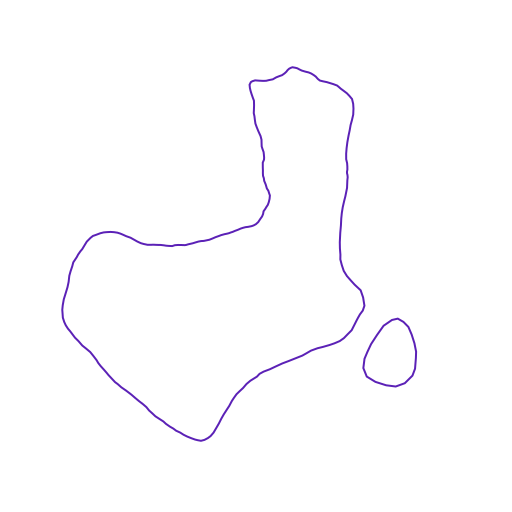 the district of Felidhoo, Maldives, rotated 282°
{"feature_id": "70690204B77108705549894", "entity_name": "Felidhoo", "entity_type": "district", "adm_level": 2, "iso_a3": "MDV", "parent_name": "Maldives", "parent_adm1": "", "projection": "albers", "projection_center": [73.527, 3.453], "detail": "fine", "context": "isolated", "style": "outline", "palette": "violet", "viewbox_px": 512, "rotation_deg": 282, "n_neighbors": 0, "source": "geoboundaries", "source_scale": "gbopen_adm2", "svg_char_len": 3792}
<svg xmlns="http://www.w3.org/2000/svg" viewBox="0 0 512 512"><g transform="rotate(282 256 256)"><path d="M447.5,259.7L448.2,257.4L448.3,255.4L448.2,252.4L447.2,250.8L446.0,249.4L444.3,248.2L442.6,247.4L440.6,246.0L438.3,243.9L436.9,241.6L435.0,238.7L432.3,235.7L430.8,232.2L429.5,229.5L428.8,226.7L428.2,223.0L427.6,218.6L426.2,216.1L425.0,214.8L422.2,214.1L419.1,215.1L416.5,216.3L413.8,217.8L410.3,219.9L407.5,221.7L402.9,222.8L398.4,223.6L395.3,224.1L392.4,225.4L388.9,226.6L385.4,227.9L382.2,229.9L378.5,232.4L374.3,235.5L370.9,237.2L367.5,238.0L364.3,238.8L361.7,240.3L359.3,241.8L356.9,242.6L353.9,243.5L351.9,243.8L348.8,243.2L346.5,243.7L344.2,244.2L341.0,245.0L338.5,245.5L335.9,246.2L333.7,247.5L331.2,248.4L328.0,250.6L324.3,252.6L322.4,254.5L320.1,255.8L318.1,257.0L314.7,257.4L311.2,257.3L308.4,256.9L306.2,256.0L304.1,255.3L301.3,254.1L298.5,254.2L295.9,253.7L293.4,252.6L289.6,251.1L287.1,249.3L285.4,247.3L284.3,245.5L282.9,242.3L282.0,239.7L280.9,237.5L279.7,235.4L277.9,232.9L276.2,230.2L274.7,228.1L274.0,226.8L272.7,224.8L271.9,223.2L270.8,220.7L269.2,217.6L267.9,215.6L266.0,212.5L264.2,210.0L262.2,207.0L261.1,204.5L259.9,201.8L259.2,199.2L258.1,196.6L256.7,194.0L255.3,191.5L253.3,187.2L252.2,185.2L251.8,184.0L251.3,181.1L250.6,177.5L249.7,174.4L248.3,172.0L247.8,169.0L247.4,166.0L247.3,163.7L247.0,160.6L246.2,156.4L245.7,153.2L245.0,150.5L244.4,147.6L244.4,143.7L244.6,140.7L245.5,136.8L246.3,134.3L247.2,131.4L247.8,129.5L248.4,124.9L249.2,121.3L249.7,118.7L250.0,115.6L249.8,112.2L249.3,108.7L248.3,105.0L247.4,102.1L245.9,99.0L243.4,95.1L241.7,92.3L239.4,90.4L234.9,87.5L231.8,86.4L226.6,84.6L224.0,83.2L220.4,81.7L217.6,80.9L211.8,78.6L207.7,78.4L202.5,77.8L197.9,77.5L191.7,78.1L186.3,78.1L181.5,77.7L178.0,77.4L173.8,77.0L167.7,77.2L163.1,77.7L159.7,78.7L155.5,79.9L151.5,82.2L148.6,84.4L145.8,87.2L143.8,89.8L138.5,95.9L135.8,100.1L132.3,104.7L130.2,108.9L127.6,113.8L124.6,117.5L121.0,121.7L118.5,124.0L116.0,127.0L113.1,131.0L110.6,134.3L108.9,136.4L103.3,144.4L102.0,147.3L99.6,151.5L97.2,157.2L94.5,162.9L91.9,167.6L89.7,171.8L87.6,176.2L85.4,180.2L82.7,183.5L80.2,187.8L78.3,190.9L76.3,196.1L74.9,199.8L73.1,202.8L71.2,207.3L70.0,211.0L68.5,214.2L67.5,218.6L66.1,222.3L65.1,226.2L64.3,230.8L63.8,234.5L63.7,237.2L63.8,240.6L65.4,243.8L67.9,246.8L70.4,249.0L74.4,251.2L80.1,253.1L84.4,254.5L89.7,255.9L94.4,257.4L100.2,259.6L103.8,261.0L109.1,262.5L112.7,263.9L116.8,265.7L120.8,268.4L124.2,270.8L128.8,273.3L132.8,276.4L135.8,279.5L138.2,282.0L141.5,284.0L144.5,287.5L148.1,293.1L152.0,298.2L156.4,304.1L160.0,309.7L164.6,316.6L168.2,322.0L171.1,325.3L174.9,329.5L178.6,335.4L180.9,340.2L184.2,346.4L186.9,350.9L190.2,355.6L194.0,359.1L198.8,362.1L203.3,365.0L209.3,366.6L213.9,367.8L216.7,368.6L220.5,369.8L224.8,371.8L229.9,372.4L237.7,369.4L244.2,365.5L248.5,358.4L251.8,353.8L255.3,349.1L259.7,344.9L265.0,341.8L270.2,339.2L274.8,338.3L280.9,336.5L286.9,335.1L296.2,333.6L303.6,332.7L310.4,331.6L315.9,331.0L321.8,330.7L328.1,330.8L332.9,331.0L341.5,330.9L349.1,329.6L352.1,329.3L354.3,328.6L355.7,327.9L357.2,327.5L359.6,327.4L362.7,326.7L365.8,325.8L369.4,324.1L374.9,322.9L380.3,322.2L386.3,321.7L392.9,321.5L398.2,321.5L403.9,321.3L408.7,321.6L414.5,321.7L420.4,320.7L425.1,319.4L429.5,317.3L432.0,314.1L434.1,311.0L435.8,307.4L437.3,304.1L438.5,302.0L439.6,299.9L440.2,295.9L440.5,292.6L440.8,289.2L440.8,285.0L440.9,282.0L442.1,279.6L443.9,277.2L445.0,274.8L446.0,272.0L446.5,269.3L446.6,265.9L446.9,262.2L447.5,259.7ZM224.2,407.7L221.7,402.3L214.3,395.3L203.9,390.8L193.8,386.9L185.3,384.9L178.0,383.5L168.7,384.3L161.1,389.4L157.7,399.0L156.6,410.2L157.4,419.8L162.5,428.0L171.5,433.9L178.8,435.0L189.5,433.6L195.7,432.5L203.6,429.1L211.5,424.6L218.3,419.8L222.2,413.9L224.2,407.7Z" fill="none" stroke="#5b21b6" stroke-width="2"/></g></svg>